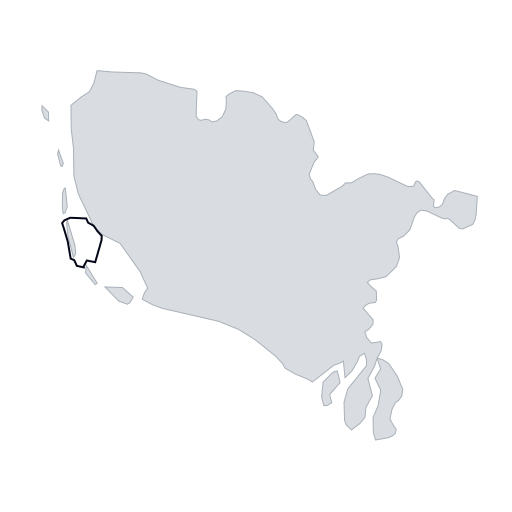 Terschelling, Netherlands shown in context, rotated 272°
{"feature_id": "6326949B18188251014258", "entity_name": "Terschelling", "entity_type": "district", "adm_level": 2, "iso_a3": "NLD", "parent_name": "Netherlands", "parent_adm1": "", "projection": "mercator", "projection_center": [5.382, 53.344], "detail": "fine", "context": "in_parent", "style": "outline", "palette": "ink", "viewbox_px": 512, "rotation_deg": 272, "n_neighbors": 0, "source": "geoboundaries", "source_scale": "gbopen_adm2", "svg_char_len": 3508}
<svg xmlns="http://www.w3.org/2000/svg" viewBox="0 0 512 512"><g transform="rotate(272 256 256)"><path d="M323.3,475.1L313.8,474.8L304.9,474.5L300.2,473.8L295.2,471.6L292.9,466.9L290.2,461.4L290.9,458.0L299.2,448.3L300.5,445.6L299.6,444.1L300.5,439.9L306.9,425.4L307.7,419.5L304.8,415.4L300.7,413.0L287.3,408.7L280.9,402.6L278.0,397.3L275.0,395.8L270.6,397.6L259.5,399.5L250.4,396.7L239.8,386.6L237.3,377.5L236.0,370.6L233.3,368.2L229.7,371.8L225.2,377.4L216.2,378.1L213.7,376.8L213.2,373.6L212.7,370.7L210.3,367.0L207.6,364.9L196.2,375.3L192.0,375.3L186.7,371.3L184.0,367.4L178.2,369.6L173.0,374.4L174.8,383.5L171.9,385.1L165.5,384.3L158.1,380.6L150.0,378.3L137.6,372.1L120.4,377.2L108.4,371.1L98.4,370.5L92.2,365.6L85.5,357.5L90.3,352.1L94.9,350.2L113.1,349.1L126.4,352.4L150.2,370.2L156.2,370.1L162.6,367.8L159.4,363.0L153.4,360.7L144.5,355.9L137.5,349.2L154.1,347.0L151.8,343.5L149.6,337.6L132.1,316.8L135.0,311.2L139.5,299.1L144.9,289.0L149.3,286.3L156.5,279.2L172.2,258.2L182.1,241.0L189.5,220.6L200.4,164.1L203.6,154.5L208.8,143.8L215.4,145.8L220.0,148.9L236.2,140.8L263.9,119.7L272.1,101.4L280.1,92.8L312.0,76.2L329.7,71.2L356.8,69.9L376.5,66.9L400.1,65.8L409.1,76.1L414.3,83.7L422.7,87.8L435.7,90.7L434.9,105.5L435.0,134.7L434.0,139.9L428.2,152.2L422.0,174.2L420.4,188.6L418.5,191.3L393.8,191.2L390.2,193.7L389.7,196.8L391.0,200.5L390.4,204.2L388.5,207.2L389.5,211.9L393.8,217.3L401.6,220.7L410.0,221.0L414.3,220.4L417.4,224.2L420.6,230.2L420.3,237.6L419.1,247.6L415.1,256.9L403.7,267.5L398.6,271.2L393.8,273.1L391.5,275.9L390.5,279.5L390.7,282.6L398.8,291.1L398.6,293.1L396.3,297.5L393.1,301.6L372.2,310.2L363.6,309.6L358.6,313.9L357.1,314.7L351.6,310.7L339.4,306.2L334.8,307.8L332.2,310.2L324.6,313.3L319.1,318.0L319.0,324.1L328.8,339.8L332.2,342.9L332.4,348.7L337.1,356.0L341.9,365.2L342.4,371.1L341.9,377.0L339.4,385.3L330.9,404.8L330.8,408.6L331.6,411.4L334.4,412.2L336.6,413.7L336.0,416.3L320.2,429.8L318.2,432.1L311.6,431.5L310.5,433.7L311.4,437.4L314.0,440.5L319.7,442.2L324.5,445.6L328.4,452.3L323.3,475.1ZM158.1,380.6L156.8,386.2L153.1,392.5L140.8,401.4L127.9,407.3L121.2,406.6L116.6,403.5L114.2,400.3L107.3,397.2L97.8,395.6L91.9,399.0L87.7,402.1L84.0,401.6L81.2,399.0L79.1,394.8L76.3,381.9L83.4,379.5L98.7,378.6L110.5,383.2L126.1,385.4L138.0,379.2L147.4,384.5L158.1,380.6ZM132.3,327.5L141.4,335.8L143.3,338.4L144.0,341.2L132.4,344.5L120.1,334.4L112.0,336.8L108.9,332.0L108.9,329.0L117.3,326.5L132.3,327.5ZM219.8,123.7L210.5,134.7L204.9,131.6L203.3,129.1L206.1,120.5L219.8,106.1L219.8,123.7ZM260.9,74.5L252.2,75.8L248.2,73.6L269.2,67.4L282.5,65.5L284.9,66.3L260.9,74.5ZM317.2,63.1L298.8,65.6L292.6,63.7L291.6,61.9L296.6,60.8L312.3,60.5L317.1,62.1L317.2,63.1ZM240.6,86.7L223.3,98.2L221.8,96.3L233.0,86.3L240.6,86.7ZM392.5,43.6L383.8,44.1L386.3,40.0L394.3,36.9L398.7,36.9L392.5,43.6ZM355.0,54.9L341.9,60.2L338.7,59.1L339.5,57.6L351.0,54.2L355.0,54.9Z" fill="#d9dde1" stroke="#a8b0b8" stroke-width="1"/><path d="M282.1,61.1L278.6,62.4L276.4,63.2L272.2,64.6L268.0,66.0L263.8,67.4L262.5,67.7L260.9,68.0L254.0,69.4L246.9,70.9L245.5,74.5L244.3,75.1L239.9,77.3L239.2,81.1L238.6,84.3L240.0,84.3L242.1,85.4L242.8,85.7L245.6,87.1L245.1,89.9L244.7,92.5L244.2,95.5L247.7,96.4L251.2,97.3L255.4,98.3L259.6,99.4L263.1,100.2L266.6,101.1L270.8,101.1L272.9,99.0L275.0,96.9L277.8,94.8L278.6,94.2L280.6,92.7L282.0,89.9L283.4,87.1L284.8,86.4L286.2,85.7L287.6,85.0L287.6,81.0L287.7,76.9L287.7,72.9L287.7,68.8L286.8,67.1L286.7,66.8L284.9,63.2L282.1,61.1Z" fill="none" stroke="#020617" stroke-width="2"/></g></svg>